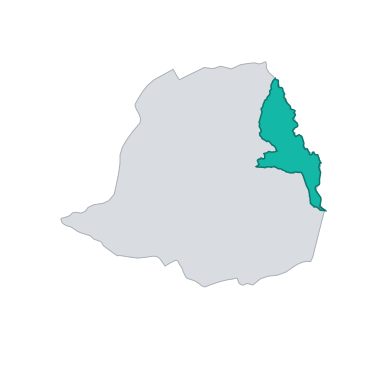 Zimbabwe, with Manicaland highlighted, rotated 332°
{"feature_id": "ZWE-529", "entity_name": "Manicaland", "entity_type": "Province", "adm_level": 1, "iso_a3": "ZWE", "parent_name": "Zimbabwe", "parent_adm1": "", "projection": "albers", "projection_center": [32.271, -19.29], "detail": "fine", "context": "in_parent", "style": "filled", "palette": "teal", "viewbox_px": 384, "rotation_deg": 332, "n_neighbors": 0, "source": "natural_earth", "source_scale": "10m", "svg_char_len": 8033}
<svg xmlns="http://www.w3.org/2000/svg" viewBox="0 0 384 384"><g transform="rotate(332 192 192)"><path d="M264.1,309.2L261.1,307.2L257.1,305.9L252.1,305.4L245.5,305.7L237.4,306.8L228.7,305.6L219.4,302.0L211.7,300.8L202.5,302.6L202.1,302.6L200.5,301.4L198.0,298.7L193.8,298.3L192.6,297.7L191.7,296.7L191.0,295.5L190.7,294.0L191.4,289.6L191.0,289.1L189.8,288.5L187.5,288.1L181.9,286.1L174.9,284.3L163.6,282.4L159.2,282.0L158.1,281.3L156.8,279.7L154.5,274.7L152.4,271.3L147.4,266.2L146.6,264.6L146.7,260.5L147.0,257.1L147.4,254.3L147.1,251.6L147.0,248.3L147.1,246.1L146.4,245.2L144.6,244.5L139.5,244.4L133.4,244.7L133.1,241.3L132.4,236.1L131.1,233.2L129.7,231.7L126.8,230.1L121.0,228.1L113.1,224.9L106.3,220.1L98.5,214.2L96.1,213.2L93.1,207.4L88.4,197.6L88.6,194.3L87.8,192.6L83.5,187.9L82.5,185.4L81.6,182.8L74.7,175.9L72.3,172.8L70.4,168.9L68.5,165.7L67.0,164.5L65.0,162.3L63.6,159.9L62.9,158.1L63.3,155.5L63.9,153.8L70.4,155.3L73.8,155.3L76.5,154.3L79.9,155.4L84.1,158.5L88.5,159.0L93.1,156.8L99.6,157.2L107.7,160.1L114.4,160.6L122.3,157.4L129.2,149.3L135.6,141.6L142.0,132.7L145.8,125.6L151.5,119.8L159.0,115.2L166.8,111.3L178.7,106.5L181.1,102.7L181.8,98.6L181.7,92.9L182.2,89.2L183.4,87.5L185.4,86.2L188.0,84.5L195.8,80.0L202.5,77.1L210.5,75.2L219.4,75.0L228.0,74.9L232.9,74.8L233.0,80.3L233.4,86.5L234.4,87.0L240.8,87.1L251.1,87.5L261.1,87.8L267.4,92.2L269.6,93.2L276.2,94.3L284.6,101.8L294.7,102.4L301.7,104.8L307.8,107.3L311.3,110.4L313.6,111.1L316.7,111.3L318.2,111.6L317.8,113.8L315.8,117.6L316.0,122.9L318.8,130.3L319.2,136.8L318.2,148.2L318.2,159.2L318.5,163.1L319.0,165.7L319.5,167.2L319.4,168.8L317.7,173.4L316.4,178.3L316.3,180.2L315.8,181.6L314.8,182.8L310.5,185.0L309.7,186.4L309.7,189.0L310.3,191.1L311.9,191.9L313.9,193.1L314.6,194.6L314.6,196.3L314.0,199.4L312.2,204.5L313.9,210.4L315.9,214.2L318.6,218.7L319.7,221.4L319.6,223.3L319.2,225.2L315.1,233.3L312.2,238.3L308.7,243.6L304.0,247.0L302.8,248.6L302.4,250.5L302.5,254.5L302.3,258.7L298.3,265.2L300.8,270.7L300.2,271.2L298.9,272.0L293.2,278.3L287.4,284.7L283.2,289.3L278.5,294.6L273.1,300.5L268.6,305.6L264.1,309.2Z" fill="#d9dde1" stroke="#a8b0b8" stroke-width="1"/><path d="M320.3,134.7L319.7,135.7L318.4,138.2L318.2,138.5L317.9,138.7L317.7,138.9L317.7,139.3L318.0,140.5L318.8,141.2L320.0,141.8L320.4,142.4L320.6,143.1L320.4,143.8L319.9,145.1L319.8,146.4L319.8,147.9L319.7,149.2L318.9,149.7L318.3,150.0L318.0,150.6L317.7,151.3L317.6,152.0L317.7,152.6L318.1,153.6L318.1,154.2L318.0,154.7L317.7,154.9L317.5,155.1L317.3,155.4L317.4,155.7L317.8,156.2L317.7,156.5L317.6,157.2L317.6,157.9L318.8,161.5L318.9,162.7L318.9,162.9L318.6,163.7L318.3,164.1L318.1,164.4L318.0,164.7L318.2,165.2L318.7,165.9L320.2,167.2L320.8,167.9L321.1,168.5L320.9,168.9L320.0,169.6L319.3,170.7L319.2,170.6L319.2,171.0L319.6,171.5L319.7,171.8L319.5,172.5L318.9,173.0L318.2,173.3L317.6,173.7L317.0,174.0L316.4,174.2L315.8,174.4L315.4,174.9L315.3,175.5L315.4,176.2L315.8,177.4L316.8,179.4L317.1,180.4L317.0,181.5L316.7,182.5L316.4,183.2L315.8,183.7L315.0,183.7L313.6,183.6L312.6,183.8L309.5,185.2L309.4,185.6L309.6,187.4L309.8,187.9L310.2,188.2L309.9,188.5L309.5,188.7L309.2,189.0L309.1,189.4L309.3,190.2L309.4,190.6L309.3,191.0L309.4,191.5L309.7,191.8L310.1,191.9L310.5,191.9L312.5,191.6L313.1,191.7L313.5,191.8L313.7,192.0L313.8,192.2L313.8,192.6L314.0,193.1L314.2,193.3L314.5,193.6L314.8,193.9L315.0,195.1L314.1,199.4L314.0,200.3L313.9,200.9L313.6,201.5L313.2,202.2L311.9,203.6L311.9,204.0L311.9,205.0L311.7,206.4L311.8,207.1L312.1,207.5L312.7,207.6L313.3,207.5L313.8,207.7L314.0,208.4L314.0,209.0L313.8,211.6L313.8,211.9L313.9,212.2L313.9,212.7L313.8,213.0L313.6,213.3L313.5,213.7L313.6,214.4L313.9,214.8L314.5,214.9L315.3,215.0L316.0,214.8L317.0,213.8L317.6,213.6L318.2,213.9L318.2,214.6L318.0,216.0L318.2,216.6L318.8,217.1L319.5,217.6L320.2,217.9L320.5,218.3L320.4,218.9L320.2,219.8L320.1,221.2L319.5,223.2L319.4,225.8L319.6,226.6L319.6,226.9L317.9,226.8L317.5,227.2L317.3,228.3L317.0,228.8L316.5,228.9L316.0,229.0L315.7,229.3L315.4,231.0L315.3,231.5L314.8,232.4L314.7,232.7L314.8,232.9L315.0,233.4L315.0,233.7L314.8,234.8L314.6,235.3L314.3,235.7L310.8,240.1L308.7,244.2L307.8,245.1L306.5,245.3L304.9,245.1L303.5,245.3L302.5,246.7L302.1,248.1L302.1,249.6L303.0,256.9L302.8,258.2L302.0,259.7L297.9,265.1L298.0,265.4L298.5,265.7L298.8,266.1L299.1,266.1L299.2,266.4L298.9,266.8L301.3,271.0L301.3,271.3L297.0,268.5L296.5,267.8L296.5,267.3L295.4,264.5L295.1,263.7L292.7,262.4L293.1,261.8L293.0,261.5L292.3,260.9L292.1,260.6L292.0,260.3L291.7,258.7L291.5,258.4L291.2,257.9L291.2,257.6L291.7,256.9L291.8,256.5L292.0,255.8L293.1,253.5L293.7,251.8L293.8,251.1L293.9,250.4L294.2,249.9L294.9,249.0L295.2,247.0L295.7,246.3L296.0,244.6L296.1,239.7L297.8,230.0L297.8,226.5L297.6,226.2L297.5,225.9L296.9,225.5L295.2,224.7L293.0,223.0L292.6,222.8L292.3,222.7L292.1,222.7L291.4,222.7L290.7,222.8L290.3,222.6L290.0,222.3L289.8,222.1L289.5,222.0L288.5,221.7L288.1,221.5L287.4,221.0L286.9,220.5L286.7,220.2L286.4,219.7L286.0,219.4L285.2,219.0L284.8,218.7L284.6,218.4L284.4,218.1L284.0,216.9L283.6,216.4L282.6,215.4L281.9,214.5L281.7,214.2L281.4,213.3L281.1,213.1L280.7,212.9L279.2,212.0L279.0,211.8L278.7,211.5L278.6,211.3L278.4,210.6L278.3,210.4L277.3,209.4L277.1,209.1L277.0,208.8L277.0,208.3L276.9,208.2L276.6,208.1L275.8,208.0L275.5,207.9L275.0,207.7L274.8,207.6L274.3,207.3L274.1,207.2L273.6,207.4L273.4,207.4L273.2,207.3L272.7,206.6L272.4,206.3L271.5,205.7L271.2,205.6L270.6,205.4L270.4,205.4L270.2,205.3L269.9,204.9L269.7,204.8L269.5,204.7L269.2,204.7L269.0,204.8L268.6,204.9L268.5,205.0L268.3,205.0L267.9,204.8L267.5,204.5L266.3,203.5L260.9,200.3L260.5,199.7L263.7,199.3L264.1,199.2L264.1,197.5L264.4,196.6L264.4,195.2L264.5,195.0L264.6,194.9L264.7,194.7L265.1,194.5L265.9,194.4L266.4,194.5L266.7,194.5L267.0,194.7L267.3,194.8L267.5,194.9L267.9,194.7L268.2,194.4L268.3,194.3L268.5,194.3L268.8,194.4L269.0,194.5L269.6,195.1L269.7,195.4L269.7,195.8L269.8,196.0L270.0,196.1L270.6,196.1L270.8,196.2L271.3,196.5L271.5,196.5L271.7,196.4L272.3,195.8L272.5,195.5L272.8,195.1L273.3,194.1L273.5,193.3L273.7,192.8L273.8,192.7L273.7,192.5L273.7,192.4L273.4,192.1L273.5,191.8L273.8,191.8L274.5,192.0L275.6,192.5L276.2,192.6L277.9,192.3L278.4,192.3L279.0,192.4L279.4,192.7L280.7,194.0L281.2,194.4L282.4,194.7L283.7,195.4L284.4,195.5L284.7,195.5L285.2,195.3L285.5,195.3L285.8,195.3L286.1,195.4L286.3,195.6L286.5,195.0L286.3,194.1L286.3,193.7L286.4,193.0L286.4,192.4L286.5,190.9L286.5,190.6L286.3,190.2L286.1,189.9L285.7,189.4L285.6,188.9L285.5,188.7L285.0,188.4L284.9,188.3L284.8,188.2L284.2,185.0L283.5,183.1L283.4,183.0L283.1,182.8L282.7,182.7L282.1,182.7L281.7,182.5L281.6,182.4L281.4,182.2L281.3,181.7L281.1,181.1L281.0,180.9L280.4,179.9L279.9,179.4L279.5,178.6L279.2,178.2L279.1,177.7L278.9,177.3L278.9,177.1L279.1,176.6L279.2,176.3L279.2,176.0L278.9,175.4L278.8,174.8L278.4,174.2L278.5,173.8L278.9,173.4L279.0,172.8L279.1,172.4L279.1,172.1L279.2,171.8L279.5,171.7L279.8,171.5L281.3,171.2L281.6,171.1L281.8,170.9L281.9,170.5L281.8,169.9L281.9,169.5L282.4,168.5L282.3,168.2L282.2,167.7L282.1,167.1L282.1,166.0L282.2,165.8L282.2,165.6L283.5,163.9L283.7,163.4L283.8,163.1L283.8,162.5L283.8,162.3L283.8,162.1L291.5,154.1L291.7,153.8L291.6,153.2L291.6,152.8L291.9,151.5L292.0,151.1L292.4,150.8L293.3,150.5L294.0,150.1L294.7,149.8L294.8,149.7L295.0,149.5L295.3,149.1L295.6,148.5L295.8,148.3L295.9,148.1L296.2,147.8L296.9,147.4L297.3,147.2L298.6,145.8L299.1,145.5L299.7,145.2L300.1,145.1L300.4,145.0L300.6,145.0L300.8,145.1L301.2,145.2L301.4,145.2L301.7,145.0L302.2,144.5L302.6,143.9L302.8,143.7L304.0,143.2L304.6,143.1L305.0,142.9L305.6,142.8L305.9,142.6L306.2,142.3L307.6,140.9L307.7,140.7L307.8,140.5L307.8,140.3L307.9,139.6L307.9,139.4L308.1,139.3L308.3,139.1L309.3,138.7L309.7,138.6L310.1,138.4L310.3,138.3L310.6,138.1L310.7,137.8L310.8,137.1L310.8,136.9L311.8,135.0L312.1,134.6L314.3,133.0L315.1,132.2L315.4,132.0L317.9,131.0L318.6,130.9L318.8,130.8L318.8,131.2L318.9,131.9L319.3,132.6L319.6,132.9L320.3,133.3L320.5,133.6L320.5,134.2L320.3,134.7Z" fill="#14b8a6" stroke="#0f766e" stroke-width="1.5"/></g></svg>